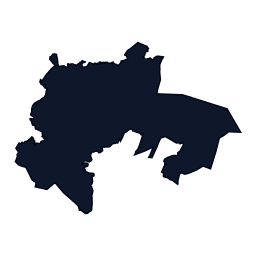 the district of Atenango del Río, Guerrero, Mexico
{"feature_id": "50627088B76307625874886", "entity_name": "Atenango del Río", "entity_type": "district", "adm_level": 2, "iso_a3": "MEX", "parent_name": "Mexico", "parent_adm1": "Guerrero", "projection": "albers", "projection_center": [-99.114, 18.136], "detail": "fine", "context": "isolated", "style": "filled", "palette": "ink", "viewbox_px": 256, "rotation_deg": 0, "n_neighbors": 0, "source": "geoboundaries", "source_scale": "gbopen_adm2", "svg_char_len": 5605}
<svg xmlns="http://www.w3.org/2000/svg" viewBox="0 0 256 256"><path d="M35.3,186.8L46.9,189.4L53.7,183.6L55.3,182.9L63.6,192.8L75.6,203.3L78.5,206.4L79.4,209.9L79.5,210.9L79.7,210.1L80.3,210.0L81.7,210.7L85.4,213.5L87.7,213.2L88.0,212.9L88.7,212.0L90.7,211.1L91.1,210.7L91.6,209.9L91.7,208.6L91.7,207.2L92.1,204.7L92.0,197.6L91.7,195.6L92.2,194.1L92.3,192.7L92.7,192.2L92.6,191.5L92.9,191.0L92.3,189.0L91.7,188.1L91.7,186.9L90.9,186.3L90.7,185.6L90.8,185.2L91.7,184.1L92.1,183.4L92.6,181.4L92.3,179.4L92.4,178.9L91.9,177.2L92.9,176.3L93.9,175.9L94.1,175.0L93.9,174.0L93.3,173.4L89.3,173.1L86.0,171.7L85.4,170.7L84.3,168.0L84.7,167.2L87.2,166.3L87.7,165.9L88.1,164.8L88.0,164.0L87.7,163.5L86.6,163.1L83.7,163.1L82.8,162.9L82.3,163.2L82.2,163.9L81.8,163.7L81.8,162.7L82.1,162.2L84.0,161.4L84.8,160.8L85.4,160.6L89.2,161.9L89.8,161.7L90.9,160.9L91.7,160.0L91.8,159.4L90.6,156.2L90.7,154.6L91.0,153.8L92.2,151.8L92.8,151.8L93.3,152.1L95.6,151.1L96.7,151.2L97.7,151.6L98.7,152.3L98.8,152.7L100.6,152.4L100.9,151.8L102.6,150.7L102.2,147.7L102.0,147.2L109.5,146.8L113.1,143.3L114.0,143.5L115.6,143.3L116.2,142.7L117.0,142.9L117.8,142.9L118.3,141.3L119.5,139.0L120.4,141.2L122.1,138.1L124.2,133.1L127.1,131.2L130.0,129.0L132.2,129.4L132.9,131.0L133.8,130.7L134.3,131.1L134.5,131.5L136.6,131.9L137.0,132.2L136.9,132.4L137.5,132.4L139.1,133.0L139.3,132.7L139.6,132.4L141.2,134.9L142.4,134.8L143.4,133.0L139.7,144.8L137.8,149.3L135.6,151.8L135.7,152.5L134.6,154.8L144.5,151.1L152.7,147.2L152.7,148.4L149.9,155.2L148.7,157.4L152.0,157.6L156.9,146.9L158.4,142.9L160.7,138.0L165.3,136.5L176.3,142.9L179.1,142.9L179.7,143.2L180.0,143.8L181.5,142.8L181.8,143.3L183.9,144.1L179.9,151.2L177.8,152.7L177.7,155.0L177.4,155.5L177.1,155.6L173.1,155.5L167.7,157.4L164.9,159.0L164.1,160.2L163.9,161.5L165.0,162.0L164.7,165.2L162.7,169.5L161.7,172.1L162.5,172.5L163.4,173.3L163.7,174.6L163.3,176.0L164.0,176.8L167.8,177.8L170.0,179.7L171.6,179.9L173.1,180.8L177.7,184.3L177.9,183.9L177.9,180.6L178.9,176.7L179.4,174.0L180.0,173.8L180.2,173.3L180.8,173.1L181.0,172.7L181.3,173.0L181.9,173.0L184.5,174.1L185.1,174.1L188.1,173.4L196.4,170.0L203.0,166.0L210.5,168.8L215.9,151.3L219.3,138.0L223.6,135.6L228.7,131.7L240.6,132.2L227.1,108.9L195.3,98.8L194.7,98.4L193.8,98.5L192.9,98.3L191.8,97.6L182.3,94.8L156.8,93.9L158.0,87.8L160.4,79.7L159.6,71.7L159.9,69.4L159.7,67.2L159.8,64.4L161.7,59.9L163.4,56.9L158.1,56.2L157.1,56.2L154.3,57.7L152.9,60.2L150.1,58.0L149.1,58.7L147.7,58.6L146.3,59.3L145.4,59.3L144.4,58.3L144.4,58.0L143.4,58.0L143.5,57.8L142.8,57.0L143.0,56.8L143.5,56.8L144.0,56.4L144.1,55.8L144.5,55.5L144.9,54.0L145.5,53.0L145.6,52.0L146.1,51.4L146.2,50.8L146.6,50.5L147.4,51.5L147.8,51.3L147.9,50.6L147.3,49.5L147.8,49.3L147.3,48.1L148.1,48.2L146.8,46.2L145.9,46.1L142.7,44.5L140.9,44.0L138.0,42.5L130.9,48.3L130.6,48.7L129.3,49.3L127.7,50.5L127.1,51.3L126.9,51.9L126.5,52.1L125.3,53.8L124.7,55.0L126.0,55.6L127.3,57.5L127.8,58.6L125.0,60.1L123.3,60.7L122.6,60.7L121.8,61.1L121.3,61.0L120.6,63.0L118.8,65.0L116.9,65.0L116.1,64.3L114.7,64.3L114.6,64.2L114.3,63.6L113.4,62.9L112.9,62.9L112.9,62.2L112.3,62.5L111.9,62.5L111.5,62.8L111.2,63.4L110.7,63.7L110.2,63.6L109.9,63.1L108.9,63.2L108.4,63.0L107.7,62.9L107.3,62.3L107.1,62.2L106.5,62.4L106.5,63.0L105.6,62.7L105.0,63.2L104.9,63.1L105.0,62.5L104.5,62.7L104.0,62.5L103.8,62.7L103.8,63.0L103.4,63.0L103.2,62.4L102.9,62.4L102.7,62.8L102.8,63.2L102.2,63.3L101.7,63.8L101.6,63.6L101.7,62.9L101.5,62.6L100.6,62.2L100.4,62.6L100.0,62.6L99.5,62.1L99.3,62.2L99.6,63.1L99.4,63.4L98.6,63.3L98.0,63.8L98.0,63.4L97.7,63.2L97.5,63.4L97.5,64.0L97.2,64.2L96.6,64.0L95.9,63.4L94.9,63.2L94.6,63.3L93.9,64.2L89.4,62.6L87.0,66.4L86.1,66.9L83.5,67.2L82.7,66.9L82.0,65.9L81.9,65.0L82.1,63.6L82.4,63.1L83.4,62.6L85.0,62.3L85.2,61.9L82.2,60.8L81.8,61.2L82.0,61.7L81.8,62.1L81.3,62.2L80.3,62.1L79.4,63.2L77.6,64.3L76.7,65.4L75.1,64.7L74.0,64.7L72.9,63.9L72.1,64.1L71.2,63.9L69.9,64.5L68.2,63.8L67.8,63.9L67.6,64.7L68.0,66.4L68.0,67.5L64.9,66.6L63.9,65.8L58.4,66.4L57.8,63.5L57.5,59.5L56.4,54.4L54.7,54.0L53.4,54.0L52.7,54.4L51.2,56.4L50.1,56.8L49.8,59.2L52.7,62.9L55.4,65.6L54.3,66.2L51.4,68.8L46.4,74.5L42.7,80.0L42.6,80.7L40.5,79.7L39.9,82.2L40.9,83.2L41.0,84.1L43.2,85.3L43.8,86.1L43.8,86.5L44.1,86.8L44.6,87.0L45.3,87.6L45.1,87.9L46.0,88.2L47.2,88.2L46.4,90.6L45.8,94.4L44.6,96.8L43.8,97.5L42.5,98.2L39.9,100.4L38.2,101.0L35.8,102.5L34.8,103.0L33.3,104.7L32.4,106.3L32.4,107.1L32.0,107.8L31.8,108.7L31.7,110.9L31.8,111.3L30.6,114.9L34.5,117.6L33.3,119.1L30.9,118.6L30.4,118.6L30.0,118.8L30.3,120.0L30.9,120.3L31.3,120.9L31.6,121.0L31.7,122.8L32.0,123.2L32.5,124.9L33.1,125.3L34.9,125.1L35.5,128.9L38.4,129.9L42.0,131.8L42.4,133.2L42.3,134.0L42.7,134.3L42.5,134.6L42.7,134.8L42.7,135.6L42.4,135.9L42.7,135.9L42.5,136.2L42.5,136.8L43.0,136.8L43.4,137.3L43.5,137.9L43.9,137.8L44.0,138.1L44.6,138.2L44.7,138.4L46.0,138.0L46.8,138.3L46.9,138.7L45.1,139.2L44.8,139.7L44.0,140.3L44.0,141.0L43.6,141.4L42.6,140.9L42.1,141.1L42.3,141.6L42.0,141.3L41.5,141.3L40.8,142.0L40.6,142.6L40.1,143.5L39.3,143.6L36.9,143.2L35.3,143.6L35.1,144.6L34.8,145.1L34.4,143.6L34.5,143.3L34.2,142.7L34.8,142.1L34.5,141.3L34.6,140.8L34.1,140.5L33.6,140.0L33.5,139.5L33.4,138.5L32.9,137.6L31.8,136.9L31.1,137.8L29.9,138.8L30.0,139.3L29.1,139.7L28.6,139.6L28.7,140.6L28.2,140.8L27.3,140.8L26.4,141.5L25.4,141.5L24.7,141.9L23.9,143.1L23.4,143.2L22.2,142.3L21.6,142.5L21.3,143.4L21.0,143.7L19.9,143.6L19.1,143.0L15.9,148.3L18.6,152.1L17.4,154.3L17.1,154.5L17.5,156.4L17.3,156.4L16.8,158.3L15.4,161.6L19.0,165.2L26.0,167.4L32.0,179.7L34.2,181.4L36.2,182.5L35.3,186.8Z" fill="#0f172a" stroke="#020617" stroke-width="1.5"/></svg>